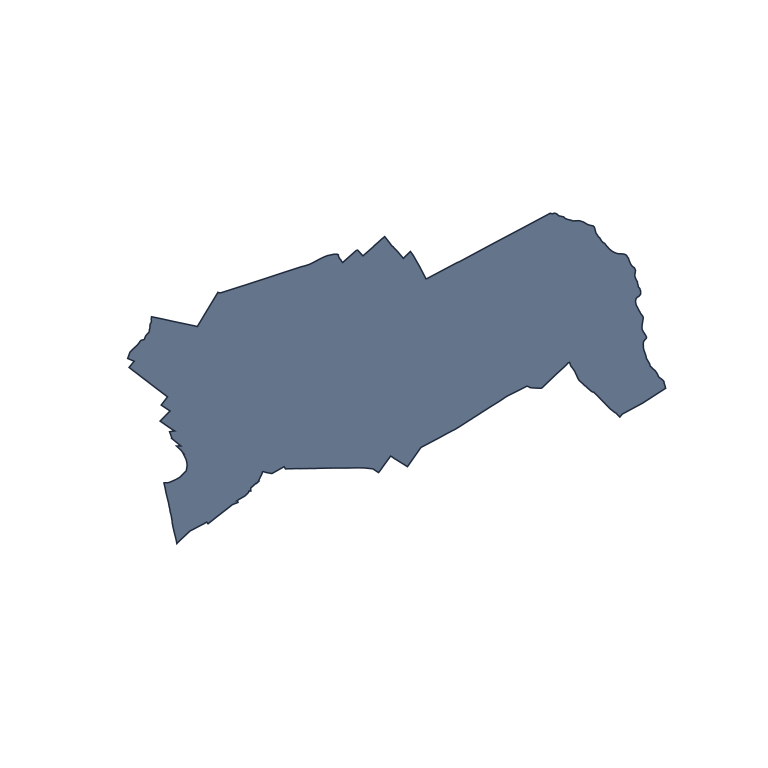 outline of Aljojuca, Puebla, Mexico, rotated 128°
{"feature_id": "50627088B67825274215435", "entity_name": "Aljojuca", "entity_type": "district", "adm_level": 2, "iso_a3": "MEX", "parent_name": "Mexico", "parent_adm1": "Puebla", "projection": "robinson", "projection_center": [-97.52, 19.106], "detail": "fine", "context": "isolated", "style": "filled", "palette": "slate", "viewbox_px": 768, "rotation_deg": 128, "n_neighbors": 0, "source": "geoboundaries", "source_scale": "gbopen_adm2", "svg_char_len": 6147}
<svg xmlns="http://www.w3.org/2000/svg" viewBox="0 0 768 768"><g transform="rotate(128 384 384)"><path d="M511.6,409.3L510.9,408.6L509.4,406.8L507.5,404.4L504.2,400.5L503.7,399.7L499.7,394.7L498.4,393.0L497.2,391.6L496.2,390.4L494.8,388.5L494.3,387.9L492.9,386.1L492.0,385.2L485.8,377.6L481.7,372.5L472.6,360.9L467.1,354.2L463.9,350.0L463.6,349.6L462.5,348.2L461.0,345.8L457.8,340.6L457.7,340.3L457.3,335.0L457.1,333.7L451.6,333.8L451.3,333.9L436.7,334.4L436.6,333.6L436.5,332.7L436.4,330.4L436.3,328.9L436.0,327.4L436.0,326.7L435.9,325.8L435.7,323.9L434.7,314.6L411.7,315.8L411.0,315.7L401.9,311.6L396.3,309.1L394.2,308.1L385.0,304.2L380.2,302.0L379.8,301.9L378.8,301.4L375.9,300.0L373.2,299.0L371.1,298.2L360.4,294.5L357.2,293.3L354.9,292.6L354.0,292.2L348.9,290.4L347.0,289.8L343.7,288.6L340.7,287.5L340.4,287.4L339.9,287.3L333.3,284.9L330.6,283.9L327.1,282.6L321.4,280.7L321.0,280.7L316.9,279.1L305.6,273.7L297.8,270.1L297.2,268.8L297.0,267.0L296.7,266.2L294.7,263.2L291.0,258.0L290.4,257.4L289.8,257.1L270.3,254.3L259.7,252.5L256.9,252.1L254.1,251.9L252.7,251.1L254.6,248.2L255.0,247.3L255.1,246.9L255.1,246.3L255.3,245.6L255.6,244.6L256.1,243.1L256.7,241.2L257.6,239.7L258.3,238.3L258.6,237.5L258.8,237.1L259.1,236.7L259.4,236.3L259.5,236.0L260.3,234.4L260.9,233.0L261.1,231.8L261.4,227.2L261.7,225.3L261.7,224.3L261.5,223.5L261.8,221.8L261.9,219.8L262.0,218.4L262.1,216.5L262.0,215.2L261.9,214.7L261.3,213.7L261.6,211.4L261.7,209.7L262.2,206.2L262.8,201.9L264.0,193.1L264.3,191.0L264.4,189.5L264.3,188.5L264.4,187.8L264.4,185.0L264.1,183.1L264.3,182.0L264.9,177.8L261.0,177.7L239.8,168.4L213.9,159.4L213.6,160.1L212.7,160.9L212.1,162.0L211.5,162.7L210.8,163.9L209.8,164.7L209.4,166.1L209.2,168.2L209.3,169.6L209.3,171.6L209.0,172.8L208.5,173.2L208.0,174.4L207.1,176.4L206.9,177.5L206.5,178.6L206.5,180.1L206.4,181.7L206.1,183.5L206.0,185.4L204.9,186.5L204.2,187.9L203.7,189.3L202.8,191.4L202.3,192.9L201.1,194.2L200.3,195.3L199.5,196.5L198.1,198.7L197.5,199.7L196.6,200.9L195.8,201.8L194.5,202.9L193.8,203.4L193.2,204.1L191.2,205.4L189.9,205.6L187.8,205.6L186.7,205.4L186.0,205.6L185.4,206.0L184.8,207.2L184.3,208.4L184.1,209.3L183.6,210.2L183.2,211.8L182.0,214.3L181.1,215.0L180.0,216.0L178.4,217.0L172.9,220.0L172.3,220.4L171.6,221.2L171.2,222.0L171.0,222.9L170.7,224.0L170.2,225.7L169.6,226.7L169.1,228.3L168.6,229.1L168.0,230.6L167.4,231.7L166.8,233.4L165.9,234.6L165.1,235.5L164.4,236.4L163.3,237.1L161.2,238.0L160.3,237.9L159.6,237.8L158.3,237.2L156.8,237.0L156.3,237.1L155.5,237.0L155.4,237.1L154.3,237.7L153.5,238.4L152.6,239.1L152.4,239.7L151.5,240.8L151.1,241.8L151.0,242.6L150.9,243.3L150.0,244.3L149.2,245.2L148.5,246.3L147.4,247.3L146.4,249.8L146.0,250.5L145.6,251.1L145.1,252.0L144.0,253.3L143.6,253.6L141.9,254.4L139.5,255.8L138.2,258.4L138.4,259.5L138.2,261.6L137.8,262.9L137.3,264.1L136.4,265.6L135.5,267.3L134.6,268.4L134.0,270.3L133.5,271.4L133.3,273.1L133.6,274.2L134.3,275.6L134.6,276.2L135.3,277.0L135.9,278.0L136.4,278.7L137.0,279.4L137.5,280.5L137.9,281.4L138.4,283.1L138.7,284.6L138.9,285.7L138.9,287.4L138.9,288.3L138.8,290.2L138.4,291.8L138.2,293.5L137.7,295.3L137.6,295.6L137.3,296.9L137.6,298.1L137.4,300.3L137.3,300.8L136.7,302.1L136.4,303.0L136.0,303.9L135.9,306.1L135.2,307.5L134.8,309.4L134.0,310.6L133.0,311.9L131.9,313.3L130.8,315.0L130.7,316.8L131.3,317.8L132.6,320.7L133.1,322.6L133.3,324.7L133.6,326.8L134.2,328.3L134.8,330.1L135.8,331.6L137.4,333.5L138.1,334.3L139.4,335.7L139.5,336.9L141.2,340.5L142.0,343.0L141.7,345.3L142.9,347.9L143.8,349.8L143.6,352.7L144.0,354.0L144.7,355.2L146.2,356.0L147.0,357.7L147.0,358.1L176.5,371.2L200.4,381.9L202.6,382.9L220.5,390.8L241.5,400.0L243.2,401.1L243.7,401.3L274.4,415.0L275.3,415.8L274.5,417.3L269.3,428.7L267.9,432.2L264.5,440.5L263.3,444.8L272.6,446.1L273.1,446.1L271.3,454.5L270.9,457.2L270.5,460.4L270.2,461.0L270.3,462.9L268.5,469.6L267.4,474.2L271.3,475.1L275.8,475.8L277.7,476.2L281.1,476.9L282.4,476.9L296.0,479.5L294.7,487.2L295.9,488.1L312.8,491.2L313.7,491.3L313.5,492.6L313.2,493.4L312.7,494.5L312.6,495.6L312.4,496.4L312.1,497.0L312.0,497.5L311.8,497.8L311.1,498.6L310.9,499.2L310.7,499.3L310.3,499.5L310.5,500.7L311.8,502.4L312.8,503.6L314.7,505.1L316.5,506.6L317.3,507.4L319.0,508.4L320.1,509.1L325.1,511.6L331.9,514.6L335.6,516.4L340.3,519.6L341.8,520.9L350.1,526.5L356.0,530.5L360.5,533.5L375.9,543.8L384.3,549.5L390.9,553.9L396.7,557.9L412.7,568.8L414.0,570.8L414.0,571.3L425.8,569.9L428.3,569.6L430.3,569.4L431.8,569.1L433.4,569.0L437.3,568.5L446.1,567.4L453.7,566.5L454.8,569.1L456.8,573.1L464.2,588.2L469.2,598.7L474.1,608.6L475.0,608.1L476.2,607.4L477.3,606.3L478.6,605.4L480.1,605.3L481.5,604.8L482.9,603.8L484.0,602.9L484.6,602.7L485.7,602.4L486.2,601.8L487.7,601.2L488.6,601.1L489.6,601.3L491.6,601.4L492.9,601.4L494.5,601.0L496.1,600.4L496.5,600.4L496.9,600.6L499.1,602.3L500.2,602.5L500.8,602.5L501.7,602.4L504.7,602.3L508.5,602.9L511.4,603.4L515.4,603.8L521.7,601.7L519.9,594.9L527.9,595.1L527.9,589.1L527.8,586.4L527.8,577.7L527.7,572.5L527.7,568.9L527.6,559.7L527.5,555.6L527.5,553.7L527.5,552.9L527.4,546.7L537.8,546.6L537.0,536.0L551.1,537.6L550.8,532.6L550.8,531.6L550.5,526.8L550.3,523.9L549.9,520.1L550.2,520.4L553.6,523.6L557.3,517.8L557.6,517.9L557.9,506.0L560.6,509.3L561.3,502.4L561.7,501.3L562.3,498.7L562.6,499.1L565.3,493.5L567.3,491.0L569.4,489.0L574.1,486.4L583.3,487.5L588.0,489.5L593.7,492.6L594.4,493.2L595.1,493.8L597.2,496.5L597.4,496.6L600.6,492.6L604.1,488.6L610.6,480.3L613.4,477.2L613.8,476.5L616.5,473.7L618.6,470.8L619.3,470.1L622.6,466.4L623.1,466.0L623.6,465.7L624.5,464.6L626.2,462.7L628.8,459.5L629.2,459.1L630.3,457.6L635.0,451.6L637.3,449.0L636.2,448.9L631.7,448.3L622.2,446.8L619.8,446.4L619.5,446.4L618.0,445.8L617.8,445.7L616.4,445.0L611.4,442.8L607.4,441.0L605.6,440.1L602.0,438.7L602.5,436.6L590.4,433.7L590.1,433.6L578.3,430.6L572.4,429.2L567.2,426.1L566.5,427.2L566.1,427.7L566.2,427.8L563.5,427.0L563.1,426.7L557.4,424.5L553.1,424.0L552.2,424.2L551.7,424.6L550.3,423.0L548.5,424.7L547.6,424.9L540.9,423.7L540.9,423.2L537.6,422.7L537.8,423.2L530.2,424.8L527.8,425.6L527.4,425.3L526.3,422.4L523.6,417.2L510.7,411.8L511.6,409.3Z" fill="#64748b" stroke="#1e293b" stroke-width="1.5"/></g></svg>